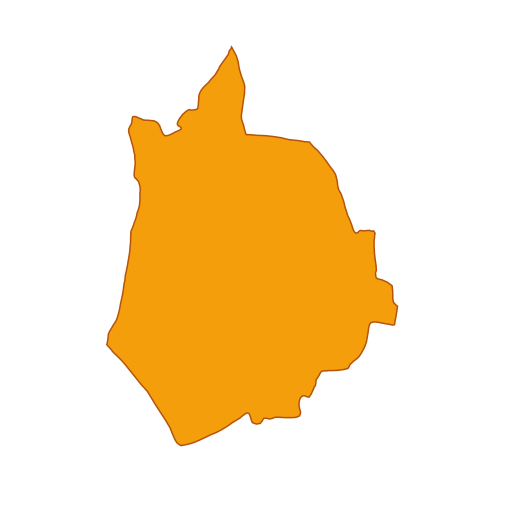 Me Sang, Prey Vêng, Cambodia (orthographic projection), rotated 191°
{"feature_id": "14789045B72609055314510", "entity_name": "Me Sang", "entity_type": "district", "adm_level": 2, "iso_a3": "KHM", "parent_name": "Cambodia", "parent_adm1": "Prey Vêng", "projection": "orthographic", "projection_center": [105.584, 11.344], "detail": "fine", "context": "isolated", "style": "filled", "palette": "amber", "viewbox_px": 512, "rotation_deg": 191, "n_neighbors": 0, "source": "geoboundaries", "source_scale": "gbopen_adm2", "svg_char_len": 4646}
<svg xmlns="http://www.w3.org/2000/svg" viewBox="0 0 512 512"><g transform="rotate(191 256 256)"><path d="M225.3,378.1L226.6,377.9L230.3,377.5L236.0,377.4L240.2,377.0L246.7,376.5L253.8,376.9L261.3,376.6L270.1,375.9L277.6,374.7L283.4,374.1L287.0,373.6L288.6,373.3L289.6,374.4L290.8,376.9L292.1,379.5L292.8,381.4L294.6,384.4L295.3,385.8L296.5,388.0L297.2,391.1L297.5,396.8L297.8,401.6L298.0,406.4L298.3,413.4L299.4,420.4L301.5,424.6L304.8,430.0L308.2,436.7L310.6,443.3L313.5,448.7L317.0,453.0L318.3,454.6L319.1,455.7L319.9,456.5L320.1,454.6L321.4,452.5L321.5,450.5L321.8,448.1L322.8,446.2L324.3,442.7L325.7,439.8L326.7,437.5L327.7,435.2L328.3,432.4L329.5,429.4L330.6,426.1L332.1,423.7L333.4,421.6L334.0,420.8L335.7,417.3L338.1,414.0L340.0,411.2L341.8,407.3L342.6,403.9L342.5,401.7L342.2,399.5L341.8,395.6L341.5,393.6L341.4,391.4L341.4,389.9L341.9,389.0L343.2,388.2L344.4,387.7L346.0,387.2L347.4,386.8L349.5,387.0L350.4,386.2L351.1,385.7L351.7,385.2L352.2,384.6L353.3,383.3L355.0,380.9L356.1,378.7L357.0,377.0L358.0,374.1L358.5,372.0L358.3,370.2L357.4,369.1L355.6,368.5L354.1,367.8L353.7,367.1L354.1,365.8L355.0,365.1L356.4,364.0L357.8,363.1L359.6,361.8L361.1,360.4L363.3,358.8L365.6,357.4L368.0,356.7L370.2,357.7L372.0,360.0L373.8,362.6L375.2,365.2L377.4,367.5L380.2,368.9L382.6,369.2L385.8,368.8L387.9,368.7L390.2,368.2L393.1,368.1L394.7,368.6L396.9,369.0L399.6,369.6L400.8,369.8L402.0,369.8L403.5,369.2L403.8,368.1L403.7,366.8L403.6,366.0L403.4,363.6L403.6,361.8L403.8,360.9L404.4,359.6L404.9,357.4L405.1,356.3L404.9,354.5L404.5,353.2L403.5,351.2L402.6,349.7L401.6,347.8L400.9,346.2L399.9,344.2L398.9,342.2L398.0,340.5L397.2,338.9L396.5,337.0L395.7,335.1L395.2,333.8L394.2,331.8L393.9,329.7L393.3,327.9L392.2,323.9L392.1,321.8L391.9,320.1L391.7,317.4L391.5,315.1L391.1,312.0L390.1,310.0L388.6,309.0L386.1,307.2L385.3,306.3L384.3,304.3L383.2,302.2L382.4,299.5L382.1,297.8L381.9,295.6L381.5,293.4L381.2,291.7L380.6,289.0L380.3,286.0L380.1,283.6L380.2,280.6L380.4,278.8L380.9,275.7L380.9,273.7L381.0,270.9L381.3,268.5L381.8,265.9L382.1,263.4L382.5,261.1L382.8,259.0L383.4,256.9L383.4,255.3L383.0,253.4L382.6,250.4L382.0,247.0L381.6,244.3L381.5,241.9L381.2,239.7L380.9,237.0L380.7,234.2L380.6,230.7L380.5,227.4L380.4,222.7L380.4,219.2L380.4,215.8L380.6,213.1L380.4,210.6L380.3,208.8L380.0,207.2L380.2,204.1L380.1,202.0L380.0,200.0L379.8,197.7L379.7,193.8L379.7,190.0L379.8,186.5L379.9,183.3L379.8,179.7L379.8,176.0L379.9,175.0L380.1,172.1L380.3,169.6L380.8,166.8L381.4,164.6L382.4,162.2L383.4,159.7L384.2,157.1L385.3,154.3L386.0,151.2L385.8,149.0L385.5,146.7L385.5,144.6L385.4,142.5L385.6,140.5L383.7,139.1L380.9,137.0L377.7,134.2L373.1,131.3L368.0,127.8L363.7,124.5L357.5,119.2L351.2,113.9L344.6,108.3L336.8,102.4L331.5,96.6L325.7,90.2L319.3,83.6L313.6,77.7L307.6,71.0L303.5,64.6L300.3,60.0L298.0,57.6L295.8,56.4L293.2,55.5L292.1,56.2L289.3,57.2L285.4,58.9L281.2,61.2L276.4,64.4L271.7,67.9L270.7,68.6L266.4,71.8L261.3,75.2L257.0,78.6L251.4,83.7L246.8,88.5L242.8,92.1L241.0,93.7L238.8,96.5L235.5,99.9L233.8,100.3L232.4,99.6L230.2,95.9L228.9,93.4L227.6,91.7L223.5,91.1L219.9,92.5L218.6,94.9L217.5,98.0L215.2,98.7L211.5,98.6L209.2,99.6L206.3,101.4L202.0,102.2L197.8,102.7L193.9,103.4L189.9,104.2L186.1,105.2L183.1,107.0L182.3,109.1L182.6,111.7L183.8,114.0L185.1,116.7L185.7,120.2L185.7,123.3L185.1,125.8L183.3,127.7L181.8,128.0L178.5,127.5L176.9,127.6L175.6,130.8L174.5,134.9L173.8,138.5L173.0,140.0L173.0,142.9L173.4,146.0L172.4,147.9L171.4,150.7L170.4,153.9L169.5,155.3L167.4,156.2L164.5,156.8L162.5,157.5L160.0,157.9L154.5,159.2L148.7,161.1L144.4,163.1L143.6,164.8L143.1,167.2L140.3,171.2L136.4,175.6L134.4,179.8L132.2,186.5L131.2,192.8L131.3,197.4L131.4,202.5L131.7,206.5L131.6,209.6L130.8,212.0L128.9,213.4L126.1,214.1L122.1,214.2L117.8,214.2L113.6,214.3L110.0,214.3L108.1,214.4L106.9,215.1L107.0,217.2L107.1,220.7L107.1,224.8L107.2,228.2L107.4,230.7L107.4,232.1L107.5,233.7L109.1,234.5L112.1,236.7L113.5,239.8L115.1,247.5L116.7,252.7L121.8,255.2L127.5,256.6L132.5,256.8L134.3,258.3L135.5,262.2L135.1,264.9L136.3,269.4L138.7,276.4L140.2,281.2L141.7,287.1L142.9,292.8L143.2,297.2L143.6,300.1L143.4,300.9L144.3,302.1L145.4,303.1L147.0,302.4L149.5,302.8L153.0,301.9L155.6,301.0L157.5,301.2L159.0,300.6L159.5,300.0L160.7,298.2L162.4,297.5L164.2,298.6L165.5,300.3L167.0,302.9L167.9,304.6L169.1,306.6L171.6,310.5L173.7,313.2L175.7,317.1L178.2,321.5L180.2,326.1L182.0,329.2L184.4,333.3L187.3,336.6L188.1,338.2L189.3,340.8L190.4,344.6L193.3,350.9L196.1,354.2L200.8,358.3L204.5,362.0L208.9,365.9L212.3,368.7L215.7,371.4L218.9,373.2L220.5,374.2L222.2,375.6L223.4,376.4L224.3,377.3L225.3,378.1Z" fill="#f59e0b" stroke="#b45309" stroke-width="1.5"/></g></svg>